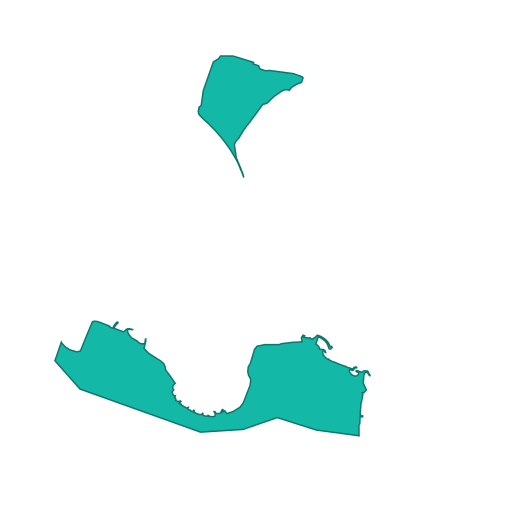 outline of 61, Qatar, rotated 289°
{"feature_id": "91078587B91929274058544", "entity_name": "61", "entity_type": "district", "adm_level": 2, "iso_a3": "QAT", "parent_name": "Qatar", "parent_adm1": "", "projection": "equal_earth", "projection_center": [51.545, 25.336], "detail": "fine", "context": "isolated", "style": "filled", "palette": "teal", "viewbox_px": 512, "rotation_deg": 289, "n_neighbors": 0, "source": "geoboundaries", "source_scale": "gbopen_adm2", "svg_char_len": 5218}
<svg xmlns="http://www.w3.org/2000/svg" viewBox="0 0 512 512"><g transform="rotate(289 256 256)"><path d="M71.6,261.3L71.7,261.6L87.8,300.2L110.1,328.6L111.1,369.9L119.6,412.0L120.7,411.5L130.3,408.2L131.0,408.8L137.7,406.8L138.7,409.2L139.5,409.0L139.6,406.2L147.6,404.1L149.8,403.5L151.7,403.3L154.7,402.9L160.4,402.0L161.2,400.9L162.0,402.6L165.0,403.8L165.5,403.8L170.6,398.9L177.9,396.9L179.4,396.8L180.5,396.9L181.3,397.3L182.2,398.3L182.0,399.3L179.9,402.2L179.8,402.5L180.0,402.7L180.3,402.7L182.6,399.8L183.1,399.7L183.3,399.4L183.5,398.9L183.5,398.4L183.3,397.7L183.1,397.1L182.8,396.0L182.4,395.4L181.9,394.8L181.2,394.4L180.5,393.9L180.6,388.5L180.3,388.1L179.5,388.1L179.3,388.4L179.2,391.1L178.2,391.4L177.4,391.3L176.5,390.9L175.6,390.4L175.0,389.6L174.7,388.7L174.7,387.6L174.8,386.4L174.9,385.4L175.1,384.7L176.4,382.6L178.0,381.5L179.1,381.6L179.2,384.7L179.5,385.1L180.1,385.4L181.4,385.6L182.0,385.8L182.4,386.2L182.7,386.5L182.8,387.2L183.1,387.6L183.5,387.5L183.6,387.3L183.6,386.6L183.3,386.0L182.8,385.2L182.2,384.8L181.1,384.4L180.6,383.8L180.5,378.3L180.5,377.3L180.9,376.9L180.9,376.7L180.7,376.7L180.8,371.6L180.9,368.1L181.2,365.1L181.3,364.8L180.9,364.0L181.5,359.5L181.8,358.1L182.2,358.0L182.1,357.8L181.8,357.7L181.8,356.7L183.3,353.3L184.8,351.4L186.7,350.5L188.1,350.4L188.7,350.4L188.6,351.5L188.2,352.2L187.3,352.8L187.4,353.3L188.2,352.8L188.7,352.4L189.1,351.6L189.5,350.4L188.6,346.4L190.0,345.7L191.7,343.3L191.8,341.3L199.8,341.1L199.7,342.6L199.6,344.0L199.1,346.1L198.3,348.6L197.5,350.0L196.4,351.5L195.3,352.7L192.1,355.3L192.1,356.4L192.8,357.2L194.2,357.8L194.7,357.6L195.1,356.6L194.8,355.3L195.1,355.1L197.1,353.1L198.5,351.2L198.9,350.3L199.4,349.3L199.9,348.1L200.2,347.2L200.7,345.2L201.0,344.0L201.1,342.2L201.1,339.8L197.9,338.1L195.7,336.2L195.6,335.3L195.7,334.4L196.3,333.9L195.6,332.3L195.1,330.1L194.9,328.8L194.7,327.0L196.3,328.0L196.6,326.4L193.8,325.5L189.8,327.5L186.2,318.5L181.4,308.7L179.8,306.8L175.0,293.0L172.6,289.0L171.1,286.4L167.3,285.0L152.9,285.6L148.4,284.8L143.7,286.0L140.5,288.0L138.5,290.5L136.3,291.6L131.5,292.5L113.1,291.8L107.8,290.1L101.6,285.1L97.5,279.7L99.3,277.1L99.2,277.0L99.1,276.8L100.0,274.3L99.4,274.0L98.7,276.3L97.9,275.3L98.2,273.9L97.7,273.7L97.4,274.6L96.6,274.3L96.1,273.5L95.3,273.0L94.1,269.4L95.5,267.8L95.2,267.0L93.3,269.0L91.1,269.3L90.1,267.7L89.0,263.9L89.8,263.4L89.6,262.5L88.8,262.8L88.0,258.9L88.5,257.3L89.8,257.2L89.9,256.7L88.5,256.4L87.6,253.6L87.9,249.8L88.1,248.0L89.9,248.0L89.9,247.8L89.9,247.4L88.4,246.8L88.1,245.5L88.7,244.3L89.0,241.5L89.7,241.1L91.0,241.4L91.0,241.2L89.6,240.3L90.8,233.9L91.5,233.5L91.0,232.9L91.4,231.5L94.1,232.4L94.2,232.0L94.3,231.6L93.5,231.2L93.7,230.5L93.0,230.2L93.2,227.1L94.5,226.9L95.4,225.9L95.6,225.3L97.7,225.2L97.3,224.4L97.6,223.1L100.0,220.8L102.6,221.8L103.9,220.2L106.7,219.8L109.3,221.1L115.1,213.2L118.7,207.8L121.8,206.0L124.3,203.7L125.8,199.7L128.9,186.7L129.9,184.6L132.1,180.2L139.2,179.6L141.6,178.8L141.3,178.5L138.9,179.1L136.9,179.3L136.1,177.4L135.6,175.2L136.1,172.8L136.9,171.3L137.3,169.6L138.1,164.9L140.7,160.9L142.3,159.5L143.7,158.8L145.2,158.9L145.7,160.6L145.9,162.9L146.3,163.1L146.0,159.8L145.5,158.5L144.2,157.1L141.2,155.6L141.4,145.4L143.0,145.4L145.0,145.9L147.7,147.2L148.2,147.2L148.4,146.7L148.3,146.2L147.3,145.6L145.1,144.7L143.2,144.3L141.1,144.1L141.1,142.0L141.4,141.2L142.0,140.3L142.5,130.3L142.4,127.1L141.8,124.6L140.9,123.0L139.6,122.6L138.5,122.6L122.9,121.6L109.0,120.9L107.0,117.7L106.7,110.4L108.1,105.0L110.4,100.7L111.1,100.0L91.5,100.0L72.9,132.9L71.4,260.8L71.6,261.3ZM425.6,152.5L395.0,152.3L385.2,154.3L383.9,154.5L382.5,154.8L381.5,155.0L380.8,155.0L380.2,155.0L379.7,154.8L379.2,154.4L378.7,153.9L378.2,153.8L377.7,153.8L377.2,153.8L376.5,154.1L375.9,154.1L375.4,154.1L375.0,154.1L374.4,154.2L373.8,154.4L373.3,154.8L372.9,154.9L372.1,155.3L371.6,155.7L371.1,156.3L370.5,157.4L370.0,158.4L368.6,161.1L367.3,164.1L366.3,166.5L365.3,168.7L364.7,170.0L364.0,171.3L363.2,172.9L362.4,174.6L361.6,176.2L360.5,178.2L359.0,180.7L358.1,182.3L357.0,184.1L356.0,185.7L354.1,188.7L352.4,191.1L350.8,193.4L349.2,195.7L347.2,198.3L345.3,200.5L342.5,203.9L340.9,205.7L339.3,207.4L338.0,208.7L336.9,209.7L334.9,211.5L333.5,212.7L332.2,213.9L330.2,215.7L328.2,217.3L327.4,218.0L326.2,218.9L327.2,218.3L328.1,217.7L329.7,216.6L332.3,214.3L334.4,212.6L336.4,210.7L337.8,209.6L338.9,208.5L339.5,208.0L340.4,207.3L340.8,206.9L341.1,206.5L341.6,206.0L342.4,205.4L343.1,205.0L344.3,204.4L346.4,203.4L347.7,202.7L349.4,201.8L350.7,201.1L352.3,200.2L353.3,199.8L354.2,199.4L354.9,199.2L355.5,199.3L356.2,199.4L357.5,199.6L358.6,200.0L359.6,200.4L360.6,200.8L361.7,201.3L362.7,201.6L363.9,201.8L365.3,202.1L366.7,202.3L367.8,202.7L368.6,202.9L370.3,203.1L371.9,203.6L373.1,204.1L374.3,204.4L375.1,204.6L376.1,204.9L377.3,205.4L379.5,206.1L381.4,206.9L382.3,207.1L383.0,207.2L384.2,207.6L385.2,208.0L401.2,213.0L404.4,216.9L412.5,220.9L420.5,226.8L422.9,229.7L423.7,233.7L426.9,234.7L431.7,238.6L434.9,242.5L439.7,242.5L440.5,241.6L440.6,231.8L435.8,208.3L434.2,204.4L434.2,198.5L436.7,196.6L436.7,190.7L438.3,190.7L437.6,169.2L433.6,157.4L430.4,156.4L425.6,152.5Z" fill="#14b8a6" stroke="#0f766e" stroke-width="1.5"/></g></svg>